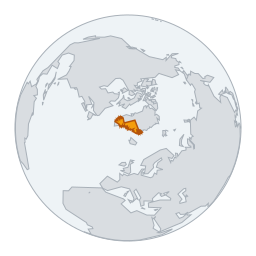 Kommuneqarfik Sermersooq highlighted on a globe, orthographic projection, rotated 69°
{"feature_id": "GRL-2739", "entity_name": "Kommuneqarfik Sermersooq", "entity_type": "state/province", "adm_level": 1, "iso_a3": "GRL", "parent_name": "Greenland", "parent_adm1": "", "projection": "orthographic", "projection_center": [-36.556, 66.454], "detail": "fine", "context": "on_globe", "style": "filled", "palette": "amber", "viewbox_px": 256, "rotation_deg": 69, "n_neighbors": 0, "source": "natural_earth", "source_scale": "10m", "svg_char_len": 15088}
<svg xmlns="http://www.w3.org/2000/svg" viewBox="0 0 256 256"><g transform="rotate(69 128 128)"><circle cx="128" cy="128" r="113" fill="#eef3f6" stroke="#a8b0b8"/><path d="M69.4,224.2L66.5,222.3L58.8,216.5L49.2,205.8L51.0,205.3L49.2,202.6L54.9,203.2L54.0,197.9L52.1,195.6L49.9,195.6L44.1,186.8L42.9,181.0L29.6,152.3L29.2,147.5L30.7,144.0L34.3,122.2L29.0,138.2L28.9,132.5L30.3,125.3L31.4,125.9L34.8,117.4L35.8,111.2L42.2,101.9L52.9,96.7L51.5,99.9L54.3,98.4L56.2,94.4L56.9,92.1L69.0,82.6L76.7,71.0L75.7,66.9L78.6,68.3L74.5,60.2L76.5,54.2L76.3,61.4L77.9,62.4L80.3,58.5L82.4,58.7L84.8,57.0L87.1,57.7L86.8,62.0L88.3,62.6L89.9,59.7L93.3,58.8L90.7,62.8L96.3,61.6L96.8,68.8L88.1,79.6L90.4,84.6L86.7,98.5L89.1,97.9L89.2,103.0L92.0,104.3L90.5,106.7L94.0,105.7L94.8,103.3L96.6,102.1L98.3,102.7L96.7,105.8L95.7,105.9L96.1,107.1L94.6,108.4L96.3,108.1L94.2,111.8L98.8,109.1L99.2,112.8L97.1,115.0L94.1,113.6L81.7,115.5L78.7,117.6L77.4,121.8L81.9,132.3L79.9,135.2L79.6,140.0L82.1,138.9L83.3,134.8L88.1,134.1L89.0,129.3L91.1,128.4L93.3,124.0L96.4,126.1L98.3,130.5L96.6,134.2L97.4,136.3L101.8,134.0L101.4,142.3L105.8,150.3L105.4,152.3L99.3,154.0L92.1,150.7L84.3,153.4L92.9,153.2L91.5,158.6L92.8,160.2L94.9,160.9L96.8,159.4L97.1,161.7L88.7,162.6L88.3,160.6L91.0,160.2L87.6,158.8L81.9,159.7L81.6,162.5L73.3,161.3L73.0,163.4L71.1,164.3L72.1,161.1L70.1,167.0L60.3,167.1L57.4,176.2L56.4,166.4L53.7,162.7L50.2,159.1L49.6,160.5L45.7,154.2L40.7,152.0L36.7,156.6L36.3,163.3L40.9,169.7L43.2,168.9L47.2,172.6L42.2,176.3L48.7,184.3L46.8,188.1L48.4,192.3L52.2,194.9L56.0,199.1L59.4,198.8L64.6,200.7L64.0,204.3L67.4,202.8L69.9,206.2L80.7,211.3L79.7,211.8L88.6,219.5L99.4,224.3L101.9,227.0L100.5,228.0L104.5,229.2L104.5,229.9L121.3,233.2L130.6,235.1L130.8,237.0L123.9,238.7L120.0,240.3L114.5,239.8L106.6,238.6L98.7,236.8L91.1,234.4L83.6,231.5L76.4,228.1L69.4,224.2ZM34.9,65.9L35.9,65.0L34.5,66.9L34.9,65.9ZM37.0,63.6L36.5,64.1L37.0,63.5L37.0,63.6ZM37.7,62.6L37.2,63.3L37.7,62.5L37.7,62.6ZM38.6,61.3L38.1,62.0L38.2,61.9L38.6,61.3ZM55.9,178.6L63.5,189.1L58.2,185.8L59.4,185.9L57.7,182.6L54.2,177.8L49.8,174.8L55.9,178.6ZM40.2,59.2L40.7,58.6L40.4,59.2L40.2,59.2ZM61.6,177.3L60.2,175.8L61.7,176.9L61.6,177.3ZM56.8,91.1L56.0,94.3L53.5,97.9L53.9,95.2L56.8,91.1ZM62.0,84.6L62.3,86.1L59.2,87.4L60.0,86.1L62.0,84.6ZM74.6,63.9L73.5,66.1L73.8,63.9L74.6,63.9ZM84.7,56.6L84.3,55.9L85.7,55.4L84.7,56.6ZM91.4,123.2L92.3,123.6L91.4,124.2L91.4,123.2ZM91.5,121.0L89.8,121.4L89.6,120.4L90.7,120.2L91.5,121.0ZM90.6,55.9L92.9,55.3L90.5,56.7L90.6,55.9ZM93.6,120.8L89.5,118.6L89.2,116.9L92.9,114.6L93.6,120.8ZM94.3,55.4L100.0,53.8L99.6,52.1L103.9,56.2L97.6,56.1L94.7,58.0L95.5,56.2L94.3,55.4ZM94.3,102.3L93.5,104.9L92.6,102.2L94.3,102.3ZM93.3,100.9L87.9,94.8L89.9,91.4L91.3,94.1L92.6,89.4L96.3,90.7L96.4,93.6L94.3,95.5L97.3,94.6L93.3,100.9ZM105.4,58.8L106.7,59.1L105.2,59.6L105.4,58.8ZM97.3,101.5L96.0,100.5L97.6,97.4L100.5,98.9L99.0,99.4L97.3,101.5ZM91.2,87.5L92.9,85.6L96.4,86.1L97.5,85.5L96.6,90.5L91.2,87.5ZM99.5,100.4L101.9,99.7L102.7,101.7L98.6,102.2L99.5,100.4ZM96.9,96.1L97.8,94.7L98.2,95.9L96.9,96.1ZM106.8,108.5L105.2,107.3L105.9,105.6L106.8,108.5ZM102.7,99.3L102.5,98.6L102.6,97.9L104.2,97.9L102.7,99.3ZM99.0,90.6L100.1,91.2L99.6,88.5L102.2,88.9L101.1,92.2L102.6,91.0L103.4,91.1L101.6,93.7L99.0,90.6ZM106.3,95.5L105.8,100.0L108.5,102.5L107.9,104.1L103.6,99.7L106.3,95.5ZM103.7,94.2L105.2,95.4L103.7,96.7L101.8,96.7L103.7,94.2ZM104.3,88.0L100.7,86.6L101.0,85.9L104.3,88.0ZM107.4,96.0L107.5,94.9L107.7,96.0L107.4,96.0ZM105.6,90.2L104.2,89.7L104.7,89.0L105.6,90.2ZM108.8,93.2L108.6,94.6L107.3,94.6L108.8,93.2ZM107.5,91.6L108.5,90.7L107.0,93.8L106.9,91.5L107.5,91.6ZM106.2,89.5L106.0,88.9L106.7,89.8L106.2,89.5ZM113.8,92.3L112.2,96.2L109.3,96.3L111.3,92.4L113.8,92.3ZM205.9,46.6L210.0,50.8L208.9,49.7L209.9,52.0L215.4,58.4L224.6,70.8L227.0,74.2L230.0,80.2L229.7,81.5L227.1,80.0L228.6,83.7L227.2,87.8L229.2,102.0L228.1,102.6L228.8,105.9L227.5,110.0L225.2,110.6L225.1,114.0L230.8,112.4L230.8,108.7L228.8,103.3L230.5,103.9L231.6,100.3L235.5,111.5L236.3,135.6L233.9,133.5L222.1,136.2L221.1,134.5L221.0,134.4L220.7,134.3L222.0,137.7L219.2,137.7L228.1,138.5L230.6,140.5L236.3,136.1L236.4,137.7L237.5,135.4L238.1,122.7L238.6,123.9L239.8,134.9L236.8,157.0L236.7,157.5L234.3,165.2L231.4,172.8L227.9,180.1L223.9,187.1L219.4,193.9L214.4,200.3L209.0,206.3L212.6,202.0L213.1,200.6L208.1,201.4L209.4,196.8L207.5,196.9L203.8,200.6L201.3,200.7L198.8,202.6L181.7,215.0L175.0,215.7L163.3,211.0L165.3,206.0L163.0,201.5L174.6,173.8L180.0,171.7L192.5,157.7L194.6,156.6L196.4,161.6L208.3,155.7L208.3,149.4L216.0,141.7L218.9,134.6L214.3,125.8L209.4,137.2L205.3,135.9L206.7,124.0L210.5,114.1L209.0,113.3L203.9,117.0L202.1,112.3L201.8,118.1L204.0,117.6L203.9,121.3L201.9,122.0L201.4,120.3L199.4,122.7L202.7,130.6L205.2,130.9L201.8,139.3L205.7,140.6L205.7,144.0L199.2,143.0L197.8,141.0L188.0,142.4L189.2,145.2L198.5,144.2L196.8,145.6L198.6,149.7L195.9,147.7L185.4,148.3L180.5,155.3L179.1,169.5L175.2,173.1L169.8,174.2L165.6,164.5L174.7,157.4L173.3,154.1L167.4,152.0L170.6,150.2L169.3,148.5L172.4,145.7L172.6,138.6L175.1,135.5L171.3,129.8L172.1,127.5L174.1,131.4L176.8,132.6L182.5,124.8L182.4,122.4L179.5,119.4L181.5,117.8L177.9,115.9L179.3,110.3L174.7,115.6L171.1,112.5L169.8,107.6L167.8,107.6L169.9,115.5L171.5,117.8L174.2,118.3L177.8,125.8L176.7,129.1L169.8,125.1L167.5,129.5L163.1,124.6L160.1,105.8L160.8,99.6L170.2,94.9L172.2,97.8L169.9,100.9L175.6,100.5L173.5,99.3L175.0,98.0L172.1,94.9L173.1,93.8L168.5,92.7L169.4,91.0L172.3,91.7L168.6,85.9L169.4,81.9L168.1,81.1L166.5,81.4L168.6,76.2L167.5,75.9L166.4,77.4L163.6,77.8L159.5,76.4L160.5,74.7L162.1,75.0L166.9,73.0L171.1,74.1L171.0,73.3L167.6,72.0L161.8,74.3L159.0,74.0L161.5,72.4L160.4,73.0L159.3,72.3L159.1,70.1L156.2,71.6L143.1,67.0L141.5,62.4L145.2,61.4L137.0,56.8L135.8,52.3L134.8,53.7L130.2,52.6L130.5,54.0L129.7,54.6L118.1,52.9L116.1,51.3L110.0,52.4L109.5,53.1L110.6,54.4L103.9,56.2L99.6,52.1L101.0,50.6L97.4,49.2L101.1,46.0L102.4,42.9L108.6,40.4L109.1,38.2L107.6,37.9L107.2,34.9L111.6,29.8L114.7,35.1L109.4,43.6L112.1,40.2L113.4,41.4L115.6,40.4L117.4,38.0L116.4,37.5L129.3,36.3L137.4,32.3L132.1,31.2L130.5,29.2L135.1,24.4L151.7,22.9L149.8,20.8L150.8,20.3L155.1,21.1L153.7,21.8L156.5,23.3L155.0,23.7L161.4,25.4L159.6,26.1L165.4,27.3L165.1,26.1L160.2,24.2L166.0,25.1L163.2,22.6L164.8,22.2L176.0,26.2L184.6,30.6L185.5,31.2L187.9,32.7L192.6,35.8L192.4,35.6L199.3,40.8L205.9,46.6ZM174.1,186.2L174.7,187.9L174.7,188.0L174.1,186.2ZM217.0,106.6L217.7,100.1L213.2,99.3L213.1,96.7L211.5,97.4L212.8,99.3L208.5,100.6L207.3,96.5L205.0,95.7L204.7,97.8L207.6,105.1L213.8,103.1L215.5,106.2L217.0,106.6ZM81.0,211.4L82.2,212.7L80.4,212.0L81.0,211.4ZM57.0,186.9L58.8,188.5L59.6,189.9L58.1,189.0L57.0,186.9ZM73.7,198.0L76.1,199.7L73.4,198.7L73.7,198.0ZM64.8,190.6L71.8,196.8L66.7,195.2L62.3,191.2L65.6,193.0L64.8,190.6ZM59.7,179.2L60.7,180.5L60.0,181.0L59.7,179.2ZM62.7,178.1L62.2,177.9L61.9,176.7L62.7,178.1ZM92.0,158.5L92.7,158.5L94.6,159.6L93.3,160.0L92.0,158.5ZM105.9,159.6L106.0,163.2L105.0,160.8L103.1,161.9L98.7,158.4L104.9,153.2L102.9,156.1L105.9,159.6ZM94.4,152.4L96.5,155.1L94.0,152.4L94.4,152.4ZM159.2,142.7L161.5,142.7L162.3,145.3L159.2,149.7L158.0,145.9L159.2,142.7ZM164.7,142.2L158.7,137.2L160.4,134.4L160.5,136.8L162.2,135.4L162.7,138.9L170.2,141.3L171.4,143.8L164.9,150.3L166.4,146.7L164.0,146.9L164.7,142.2ZM140.4,130.6L137.9,128.7L144.9,125.0L146.5,127.2L143.4,131.6L139.8,131.6L140.4,130.6ZM101.0,117.4L99.6,117.1L100.0,116.3L101.6,115.7L101.0,117.4ZM106.0,108.0L107.7,117.6L106.2,117.8L109.1,123.3L106.1,126.0L104.3,122.3L104.2,128.6L101.4,126.3L101.8,130.5L98.2,122.0L95.6,120.3L99.6,121.1L102.4,118.7L102.8,117.2L102.2,111.5L98.2,106.9L100.3,103.8L102.9,102.9L104.2,103.6L102.4,105.3L105.4,105.0L103.8,108.0L106.0,108.0ZM131.9,95.9L129.2,97.4L135.0,97.8L133.5,100.6L134.2,100.4L134.4,103.1L135.9,106.3L134.7,107.3L135.8,108.1L135.9,109.9L137.0,111.4L135.3,113.8L136.5,115.8L135.0,115.8L137.5,118.6L134.9,117.6L134.7,120.0L137.4,119.7L125.3,129.9L122.4,135.1L121.3,140.1L116.9,137.9L115.0,132.0L114.9,124.7L118.4,120.1L115.8,120.0L116.7,117.8L118.4,118.8L116.3,116.0L117.5,114.4L117.4,108.4L113.6,105.4L113.5,103.2L115.6,103.6L114.0,101.1L117.9,100.4L117.9,98.8L121.7,96.5L125.7,98.3L125.4,96.4L128.3,94.7L131.9,95.9ZM115.0,91.8L120.1,93.1L121.8,95.4L114.5,98.4L113.9,99.9L109.3,102.0L107.0,98.8L108.5,98.5L109.5,97.4L109.8,98.8L110.3,96.9L112.4,96.4L113.3,94.8L114.7,95.7L115.0,91.8ZM195.0,153.4L196.3,152.2L197.8,150.0L198.9,152.6L195.0,153.4ZM187.9,153.9L188.7,152.5L191.0,155.0L189.7,156.2L187.9,153.9ZM187.2,149.8L188.6,152.3L187.1,151.7L187.2,149.8ZM174.7,130.1L175.3,128.5L176.2,128.9L176.7,130.6L174.7,130.1ZM148.7,98.1L146.9,98.5L146.7,97.8L142.8,96.4L143.7,94.3L146.3,94.3L148.7,98.1ZM214.6,128.9L214.9,132.2L213.9,132.7L214.0,131.4L214.6,128.9ZM207.4,143.3L210.0,141.0L207.7,144.1L207.4,143.3ZM149.0,95.6L147.3,95.3L148.8,94.4L149.0,95.6ZM144.1,92.7L145.5,91.5L143.3,93.9L144.1,92.7ZM166.1,22.2L167.4,22.5L168.3,22.8L168.9,23.1L166.1,22.2ZM153.9,78.0L158.3,82.2L162.1,84.0L165.1,83.1L162.8,86.3L157.0,83.5L153.9,78.0ZM144.4,68.5L141.8,69.4L141.6,68.0L142.2,67.5L144.4,68.5ZM143.7,69.8L142.9,73.0L140.6,72.9L141.7,70.4L143.7,69.8ZM146.2,84.2L147.4,85.5L146.2,86.1L146.2,84.2ZM145.2,18.2L145.0,18.7L142.3,18.3L143.1,18.1L145.2,18.2ZM133.1,17.8L141.5,18.4L148.2,19.2L146.7,18.7L149.3,18.5L150.8,19.6L145.2,19.3L140.4,18.6L138.5,19.2L134.2,19.2L133.3,20.4L131.1,20.8L130.4,19.6L133.1,17.8ZM133.1,21.0L130.0,23.6L125.4,22.8L125.0,22.0L128.4,21.1L130.6,21.6L133.1,21.0ZM127.9,24.0L130.1,24.5L130.1,30.2L128.9,31.3L126.4,26.3L128.3,26.6L129.2,25.4L127.9,24.0ZM106.9,58.1L106.7,59.0L106.0,58.3L106.9,58.1ZM130.0,55.4L128.8,56.1L127.9,55.1L130.0,55.4ZM124.8,57.5L126.7,58.1L124.3,58.2L124.8,57.5ZM130.8,59.4L127.2,58.7L131.2,58.4L130.8,59.4Z" fill="#d9dde1" stroke="#a8b0b8" stroke-width="1"/><path d="M133.5,118.5L133.7,118.8L133.2,118.8L133.5,118.9L133.4,119.6L132.8,119.9L134.7,119.7L133.3,120.5L134.1,120.7L134.4,120.0L134.8,120.1L135.4,119.6L135.4,119.8L135.6,119.6L136.4,119.9L137.6,119.7L136.9,120.4L137.1,120.5L136.5,120.6L136.8,120.8L136.7,121.1L136.3,121.0L136.5,121.3L136.1,121.4L136.2,121.7L135.9,121.7L136.0,121.9L135.8,122.0L135.6,122.2L135.8,122.4L135.3,123.0L133.3,123.9L133.4,124.0L133.1,124.2L133.2,124.3L132.8,123.9L132.7,124.1L132.8,124.2L132.5,124.2L132.8,124.5L132.2,124.3L132.5,124.6L131.6,124.7L131.5,124.4L131.3,124.3L130.9,123.6L130.9,124.0L131.3,124.5L131.0,124.4L131.0,124.5L131.3,124.5L131.3,125.0L130.5,125.5L130.4,125.8L130.5,126.1L130.2,126.1L130.4,126.4L130.2,126.4L130.3,126.7L130.0,126.9L130.1,127.0L130.0,127.3L129.9,127.3L129.8,127.7L129.7,127.4L129.6,127.6L129.7,127.8L129.5,128.1L129.3,128.3L129.1,128.1L129.2,128.4L128.6,128.0L128.8,128.4L128.7,128.5L128.8,128.7L128.6,128.5L128.2,129.1L128.2,128.7L127.6,129.2L127.6,128.8L127.5,129.3L127.1,129.0L127.0,128.8L127.5,128.2L126.8,128.1L127.1,128.4L126.9,128.4L127.0,128.5L126.8,128.7L126.8,129.0L126.5,128.8L126.8,129.2L126.7,129.6L126.2,129.5L126.3,129.7L126.0,129.7L125.8,129.3L125.8,129.7L125.5,129.4L125.4,129.8L125.0,129.8L125.4,130.0L125.2,130.1L125.4,130.3L125.1,130.4L125.2,130.6L124.2,130.5L124.3,130.8L124.2,130.8L124.6,131.4L124.5,131.8L124.8,132.0L123.7,132.1L124.6,132.5L124.3,132.8L124.6,133.3L123.6,133.0L124.4,133.5L124.0,133.6L124.1,133.8L123.9,133.5L124.1,133.8L123.8,133.5L123.9,133.8L123.7,133.6L123.8,133.8L124.0,134.0L123.7,133.8L123.5,133.5L123.3,133.7L123.7,134.4L123.2,134.1L123.6,134.5L123.0,134.3L123.5,134.6L123.3,134.9L123.1,134.8L122.8,134.9L122.9,134.7L122.6,134.8L122.7,135.1L121.3,134.9L117.5,137.7L116.8,137.7L117.3,137.7L117.4,137.4L117.0,137.3L117.4,137.1L116.8,137.4L117.0,137.2L116.7,137.1L116.9,137.1L117.0,137.0L117.0,136.9L116.3,136.7L117.1,136.6L116.9,136.6L117.1,136.5L116.4,136.7L116.2,136.4L116.8,136.4L116.4,136.3L116.6,136.0L116.4,136.1L116.8,135.7L116.3,136.1L116.2,136.0L116.4,135.8L116.2,135.9L116.8,135.5L116.6,135.4L116.7,135.2L116.5,135.5L116.0,135.5L116.2,135.4L116.3,135.4L116.4,135.2L116.1,135.2L116.4,135.0L115.9,135.0L116.0,134.9L115.6,134.4L116.2,133.7L115.8,134.0L115.8,133.7L116.4,133.4L115.9,133.5L115.7,133.8L116.0,133.4L115.7,133.5L115.6,133.2L116.2,133.0L115.7,132.9L115.5,133.0L115.4,133.0L115.5,132.9L115.3,133.0L115.3,132.7L116.0,132.7L115.2,132.4L115.7,132.3L115.4,132.3L115.5,132.0L115.9,132.2L116.0,132.1L115.5,132.0L115.4,132.3L115.2,132.2L115.3,132.0L115.1,131.9L115.3,131.8L115.1,131.7L115.4,131.7L115.7,131.5L115.2,131.6L115.4,131.4L115.1,131.2L116.6,131.2L116.1,131.1L116.4,130.8L115.4,131.1L115.2,131.0L115.5,131.0L115.1,130.9L115.8,131.0L115.9,130.9L116.0,130.6L116.4,130.8L116.6,130.7L116.0,130.3L116.4,130.1L116.6,130.6L117.0,131.0L116.6,130.1L116.9,129.9L116.4,130.0L116.4,129.5L116.3,129.3L116.9,129.0L121.9,129.8L123.2,118.8L132.9,118.8L133.5,118.5ZM136.5,116.3L136.2,116.9L136.6,116.5L136.5,116.8L136.6,117.0L136.9,116.6L136.7,117.0L136.8,117.6L136.9,117.1L137.1,117.0L137.1,117.3L137.3,117.3L137.1,117.5L137.3,117.5L137.2,117.6L137.3,117.7L137.0,117.9L137.4,117.8L137.2,118.1L137.5,118.0L137.3,118.3L137.5,118.3L137.5,118.5L137.7,118.9L137.2,119.1L137.0,118.3L136.9,118.6L137.1,119.1L136.6,119.3L136.1,118.9L135.8,118.3L135.4,117.7L135.2,117.8L134.9,117.6L135.4,117.5L135.3,117.1L135.4,116.7L136.5,116.3ZM135.2,118.9L134.9,119.4L134.7,119.3L133.5,119.8L134.0,118.9L134.5,118.7L134.9,118.3L135.2,118.9ZM134.4,117.6L135.0,117.9L134.2,118.7L133.8,118.8L133.6,118.4L134.4,117.9L134.4,117.6ZM116.3,129.5L116.3,130.0L115.8,130.2L116.0,129.9L115.8,129.9L115.3,130.7L114.8,130.7L115.0,130.1L116.3,129.5ZM127.4,129.4L127.2,129.4L127.4,129.5L127.0,129.7L126.8,129.5L127.1,129.1L127.4,129.4ZM125.0,131.8L124.7,131.7L124.6,131.3L124.4,130.9L124.7,131.1L124.8,131.5L124.7,131.6L125.0,131.8ZM123.9,134.1L123.7,134.2L123.3,133.7L123.5,133.6L123.7,133.9L123.9,134.1ZM116.1,130.4L115.7,130.9L115.9,130.3L116.1,130.4ZM133.7,119.2L133.7,118.9L134.0,118.8L133.9,119.0L133.7,119.2ZM122.8,134.9L123.2,135.1L122.7,135.0L122.8,134.9ZM115.7,130.5L115.4,130.5L115.9,130.3L115.7,130.5ZM124.2,132.2L124.5,132.3L124.2,132.3L124.2,132.2ZM136.8,120.7L137.0,120.7L136.8,120.7ZM133.0,124.3L132.9,124.4L132.9,124.2L133.0,124.3ZM127.8,129.1L128.0,129.0L127.9,129.3L127.8,129.1ZM127.6,129.4L127.6,129.7L127.6,129.4ZM134.6,119.5L134.8,119.4L134.6,119.5L134.6,119.5ZM123.8,134.2L123.7,134.4L123.7,134.2L123.8,134.2ZM127.8,129.1L127.8,129.4L127.6,129.3L127.8,129.1ZM125.6,130.2L125.3,130.1L125.6,130.2ZM123.5,134.8L123.6,134.6L123.5,134.8ZM115.6,133.1L115.4,133.2L115.5,133.0L115.6,133.1ZM116.5,136.9L116.8,136.9L116.8,137.0L116.5,136.9ZM117.1,137.6L116.9,137.5L117.1,137.6ZM128.1,129.1L128.3,129.1L128.1,129.2L128.1,129.1ZM114.9,131.0L115.0,130.8L114.9,131.0ZM123.6,134.4L123.8,134.5L123.7,134.5L123.6,134.4ZM135.0,118.2L135.1,118.3L135.0,118.2ZM127.5,129.8L127.6,129.7L127.6,129.8L127.5,129.8ZM130.0,127.2L130.1,127.3L130.0,127.2ZM115.2,132.2L115.3,132.3L115.1,132.3L115.2,132.2ZM128.9,128.5L128.9,128.4L128.9,128.5ZM116.3,136.2L116.4,136.3L116.3,136.2ZM115.5,133.2L115.5,133.3L115.5,133.2L115.5,133.2ZM123.2,134.9L123.2,135.0L123.3,135.0L123.2,135.0L123.2,134.9ZM116.4,137.0L116.5,137.0L116.4,137.0Z" fill="#f59e0b" stroke="#b45309" stroke-width="1.5"/></g></svg>